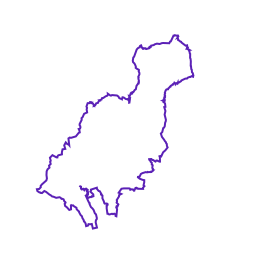 outline of Letterkenny Lea-7, Donegal, Ireland, rotated 125°
{"feature_id": "5873133B45829912982707", "entity_name": "Letterkenny Lea-7", "entity_type": "district", "adm_level": 2, "iso_a3": "IRL", "parent_name": "Ireland", "parent_adm1": "Donegal", "projection": "orthographic", "projection_center": [-7.823, 54.956], "detail": "fine", "context": "isolated", "style": "outline", "palette": "violet", "viewbox_px": 256, "rotation_deg": 125, "n_neighbors": 0, "source": "geoboundaries", "source_scale": "gbopen_adm2", "svg_char_len": 5898}
<svg xmlns="http://www.w3.org/2000/svg" viewBox="0 0 256 256"><g transform="rotate(125 128 128)"><path d="M47.3,104.7L47.2,105.2L46.0,106.2L45.6,107.6L43.6,109.3L43.5,109.9L41.4,111.7L41.5,111.8L41.1,112.3L37.3,114.8L35.4,116.5L35.0,117.3L31.6,119.6L31.5,120.1L29.9,121.7L30.0,121.8L29.3,122.9L28.8,122.4L28.9,123.4L29.2,123.4L29.0,124.0L29.2,124.6L28.3,124.9L29.1,125.5L27.7,125.9L26.4,127.0L27.5,128.0L27.3,133.2L26.9,133.9L27.2,134.8L27.0,136.4L27.2,137.4L25.4,139.0L25.7,139.2L25.3,139.2L24.6,139.8L24.0,139.5L23.6,140.1L24.7,141.6L25.1,142.9L26.2,143.2L26.3,143.7L32.5,142.6L33.1,143.1L34.9,142.8L38.1,147.8L39.0,148.9L41.0,150.2L42.3,152.7L44.3,154.2L45.2,154.4L47.3,156.3L48.7,155.8L49.3,156.2L49.3,156.9L50.6,156.8L50.4,156.5L50.5,156.4L52.8,158.3L53.1,159.1L52.7,159.5L53.6,160.8L54.3,160.8L54.6,161.3L54.0,162.0L54.3,163.0L53.4,163.7L52.8,164.7L53.9,165.2L55.4,164.9L57.0,165.7L58.7,165.9L66.1,163.9L67.2,164.1L70.1,162.7L71.1,161.7L71.5,159.6L72.5,157.8L73.3,156.7L74.3,156.2L74.4,154.7L74.1,152.6L74.2,152.3L75.5,151.7L76.4,150.2L77.6,149.4L80.3,148.9L80.5,148.3L81.6,147.8L83.3,145.9L84.2,145.8L84.4,145.3L85.6,145.3L85.7,144.9L86.3,145.2L88.6,145.2L91.8,143.8L93.0,144.3L95.4,144.2L95.9,144.8L97.4,144.3L97.9,144.7L97.5,145.6L98.0,145.7L99.8,145.1L100.6,145.1L100.9,145.6L101.4,144.6L101.9,144.2L101.9,144.4L102.2,144.6L102.4,144.1L102.9,144.0L102.6,143.6L103.7,143.4L104.0,143.8L104.4,143.2L103.8,142.7L106.4,141.4L106.6,141.6L105.5,142.2L104.5,144.9L105.1,145.5L105.5,146.4L105.5,149.1L106.0,150.1L107.8,149.5L107.7,149.9L108.1,150.4L108.5,152.0L108.4,152.7L107.7,153.8L107.7,155.7L110.2,160.0L111.1,160.4L111.5,161.0L111.5,164.2L112.3,163.5L113.4,163.5L114.9,164.5L117.6,165.5L118.4,166.4L119.9,166.0L121.2,167.0L121.5,166.7L121.8,167.2L121.9,166.9L123.1,167.4L124.6,167.0L126.0,168.2L128.0,167.9L128.7,168.4L129.1,168.2L129.1,168.6L129.5,168.8L128.6,169.3L128.2,170.4L128.4,171.6L127.9,171.8L128.1,172.0L127.8,172.2L127.9,172.9L128.3,173.6L128.5,173.3L129.5,173.5L130.8,175.3L134.3,174.3L135.0,173.1L136.4,172.6L138.7,170.4L141.5,172.1L145.1,171.4L146.6,171.7L147.9,170.6L152.5,169.9L153.5,169.2L153.9,168.1L155.0,167.2L156.1,167.0L157.1,167.8L158.1,166.1L159.3,165.0L160.2,165.6L164.8,165.9L168.8,169.1L169.2,170.2L170.7,170.8L175.8,166.3L175.6,167.0L176.0,168.6L175.5,170.7L178.8,170.3L181.1,167.4L183.0,169.4L185.7,168.3L187.5,167.0L190.3,169.4L191.8,169.5L192.6,169.0L193.1,169.7L193.6,174.3L197.1,174.9L199.2,172.5L200.4,172.4L201.8,170.7L204.1,171.1L205.5,169.6L207.9,170.2L210.1,169.8L213.3,167.8L215.8,165.5L217.8,164.8L223.7,166.2L225.6,166.3L226.5,165.5L228.9,165.8L230.4,167.5L231.6,166.1L231.6,163.8L231.1,162.7L231.3,162.4L230.6,161.1L227.6,160.4L227.3,158.4L227.6,154.2L227.4,152.7L227.6,150.9L227.0,149.6L226.4,146.8L224.0,144.4L223.8,143.2L224.2,141.8L223.6,141.1L223.4,139.8L224.6,138.1L224.6,136.9L225.0,136.3L226.4,136.4L227.9,134.8L228.0,132.6L228.8,129.1L227.3,128.0L224.1,130.4L223.8,130.3L223.9,129.6L222.9,128.7L223.1,127.2L222.9,124.5L223.9,123.6L224.3,122.0L224.5,120.2L225.0,119.8L226.5,116.8L226.7,115.2L228.1,113.4L228.6,111.9L229.8,110.5L229.6,110.2L230.5,108.0L232.4,106.0L230.9,104.8L229.4,105.2L228.6,103.8L227.4,102.6L230.5,99.1L227.4,96.3L223.8,100.4L221.9,101.4L220.7,101.3L219.6,101.9L217.1,104.7L216.9,106.2L214.9,109.1L214.3,110.9L214.0,113.1L212.4,115.8L211.6,116.3L211.7,116.7L210.6,118.8L207.6,123.8L206.9,123.4L203.9,124.0L203.6,125.3L202.4,125.9L202.0,127.4L203.8,128.1L203.9,128.4L203.5,128.8L203.4,129.3L204.9,130.7L204.6,131.8L203.1,132.8L203.2,133.7L202.3,133.7L203.1,133.6L203.0,132.8L204.5,131.6L204.7,130.7L203.2,129.5L203.2,128.9L203.7,128.2L202.8,128.2L201.7,127.6L201.8,125.5L202.5,125.3L203.5,123.9L205.4,122.6L207.2,122.5L208.5,120.7L206.4,119.6L205.9,118.7L204.8,118.5L204.9,118.0L203.7,117.2L202.3,118.4L201.7,122.3L200.2,122.5L199.7,123.0L194.8,119.3L195.7,118.5L196.4,116.0L196.0,114.8L197.1,112.5L197.9,112.0L197.6,111.4L198.0,111.0L198.0,110.2L200.3,108.6L201.9,105.8L203.2,104.2L203.3,103.7L202.0,102.0L202.0,101.1L202.6,100.6L203.8,101.0L204.3,100.8L204.6,100.2L205.7,99.7L210.0,95.7L209.6,95.2L209.8,94.5L209.4,93.5L207.4,91.9L207.2,90.9L206.1,90.2L205.9,88.8L207.2,87.7L207.0,86.9L200.7,90.4L199.8,92.1L198.6,92.5L197.9,92.2L198.0,91.7L196.1,92.1L195.7,94.5L194.2,95.0L193.5,95.9L189.3,96.1L188.1,96.8L185.9,95.7L186.4,98.5L181.5,98.5L179.9,96.8L176.8,92.4L176.6,91.7L177.3,90.7L176.3,90.1L175.6,88.9L176.1,86.3L175.1,87.5L174.6,87.6L173.3,86.9L172.7,87.4L172.1,86.8L172.3,86.1L171.9,85.6L172.1,85.0L169.2,80.7L168.3,81.5L166.2,81.2L166.0,82.4L163.1,83.6L161.4,84.8L162.1,86.3L162.8,89.2L162.7,91.6L162.3,91.8L161.1,90.6L158.3,91.1L156.7,90.3L154.0,88.2L153.4,86.9L152.7,86.7L152.6,86.2L150.8,83.8L150.3,84.0L149.6,83.2L148.1,83.0L148.3,83.4L147.3,84.0L147.4,84.3L146.5,85.4L144.4,86.4L144.2,86.9L144.3,87.6L142.8,88.6L142.7,89.9L142.3,90.3L141.8,92.4L141.4,92.8L140.0,91.1L140.2,89.7L139.7,88.7L139.9,87.3L139.7,86.2L138.6,86.2L138.0,85.7L137.5,82.9L137.2,82.5L133.7,85.1L133.1,86.0L132.3,85.4L132.2,84.5L127.8,85.3L124.9,84.6L121.2,84.4L120.3,85.9L118.8,87.1L118.6,88.0L117.9,88.8L117.6,90.2L116.9,91.7L115.8,95.1L113.7,97.9L111.7,97.6L107.9,99.1L107.0,98.7L105.5,98.9L102.4,100.6L100.7,101.0L99.5,101.7L96.0,105.7L92.6,107.1L90.1,110.3L89.2,109.5L86.7,111.7L86.2,113.0L85.4,113.3L86.0,113.7L86.4,113.6L86.4,113.9L85.8,114.2L85.7,114.8L85.4,114.6L85.5,114.2L84.9,114.4L85.3,115.2L84.5,114.8L84.0,115.1L83.6,114.7L83.4,115.2L82.0,115.2L81.9,115.9L81.0,115.7L80.6,116.2L80.1,116.3L79.9,117.0L78.3,117.5L78.1,118.0L75.6,118.7L74.3,118.6L73.3,117.4L72.5,117.7L71.1,117.3L70.3,117.4L69.8,116.9L68.9,117.2L67.9,116.6L66.4,116.4L66.2,115.7L64.3,116.0L64.4,115.1L64.0,114.5L64.4,114.1L63.5,114.1L63.3,112.9L62.1,113.2L62.3,113.0L62.0,113.0L61.8,112.5L59.2,111.4L58.4,111.5L54.7,109.4L53.6,108.0L52.5,107.9L50.8,106.8L50.5,106.2L49.1,105.7L48.7,104.1L47.3,104.7Z" fill="none" stroke="#5b21b6" stroke-width="2"/></g></svg>